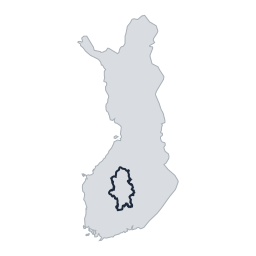 location of Central Finland within Finland
{"feature_id": "FIN-3177", "entity_name": "Central Finland", "entity_type": "Province", "adm_level": 1, "iso_a3": "FIN", "parent_name": "Finland", "parent_adm1": "", "projection": "mercator", "projection_center": [25.479, 62.526], "detail": "fine", "context": "in_parent", "style": "outline", "palette": "slate", "viewbox_px": 256, "rotation_deg": 0, "n_neighbors": 0, "source": "natural_earth", "source_scale": "10m", "svg_char_len": 7612}
<svg xmlns="http://www.w3.org/2000/svg" viewBox="0 0 256 256"><path d="M110.3,119.8L109.3,115.7L108.0,112.1L106.6,111.1L106.1,109.7L105.9,106.8L106.1,104.5L107.7,102.3L107.9,99.3L108.8,96.8L108.4,95.3L105.9,90.8L105.6,89.3L105.5,86.9L106.8,84.6L106.4,82.4L103.9,81.5L104.0,80.1L104.7,77.8L104.3,75.8L104.3,71.4L105.6,69.5L104.1,67.9L102.6,65.2L101.4,65.0L100.6,62.0L98.4,59.3L90.5,55.4L85.6,51.2L83.0,47.7L80.6,45.7L80.3,43.8L77.8,42.3L78.3,41.5L80.3,41.4L81.9,42.2L82.5,41.2L81.8,38.5L81.9,37.8L83.8,36.2L86.8,36.2L93.3,47.0L94.3,50.4L100.4,51.6L101.0,52.4L102.7,52.2L106.2,50.6L107.6,48.2L108.9,48.4L117.5,53.6L118.9,52.4L119.7,49.3L120.4,47.8L121.4,46.8L123.4,46.2L125.0,43.5L125.1,36.0L125.9,33.8L127.4,26.3L130.1,22.9L132.1,19.3L134.1,18.8L137.6,19.5L141.9,15.9L144.7,15.4L149.5,21.8L156.2,25.8L157.9,31.0L157.1,33.1L153.5,38.7L153.3,40.2L154.6,42.7L149.5,45.7L149.8,46.5L152.5,46.9L152.8,48.0L150.1,55.0L150.0,56.3L152.0,63.7L158.0,66.8L159.7,70.1L163.9,76.5L163.5,79.4L157.1,90.1L155.7,93.1L155.5,94.9L159.1,103.3L161.0,109.2L163.2,113.4L164.9,120.3L164.9,122.6L161.4,123.9L162.4,125.1L161.6,127.2L161.4,130.3L160.5,132.2L160.7,132.7L162.3,133.2L162.5,134.5L162.3,135.3L160.6,136.8L160.4,138.3L161.3,141.0L162.1,141.9L164.7,142.7L165.1,143.4L165.2,145.3L163.9,147.2L163.9,147.9L165.1,151.3L168.5,154.0L168.9,156.0L168.9,157.4L168.7,158.6L166.0,163.1L164.0,164.5L167.9,169.3L174.9,175.4L177.9,180.5L178.2,181.9L175.9,188.3L175.0,190.0L169.3,197.0L161.2,208.3L157.2,213.3L149.4,220.7L143.8,227.5L140.7,228.8L138.4,227.4L137.2,227.7L136.0,228.7L132.2,229.8L132.1,228.7L132.9,225.8L132.5,225.9L131.8,227.2L131.5,228.8L130.8,229.6L129.2,229.9L127.6,228.7L126.9,228.7L127.7,230.6L127.6,231.1L126.8,231.0L125.1,232.5L124.7,232.5L124.1,231.3L122.3,232.6L120.6,232.9L119.5,233.9L114.4,235.4L113.0,237.1L112.0,236.7L106.3,238.1L104.0,237.7L101.4,240.3L99.4,240.6L101.4,238.0L101.5,237.1L100.4,236.6L99.6,235.6L98.9,233.6L98.5,233.5L97.8,236.0L96.4,236.9L94.8,236.9L94.5,235.8L94.8,234.7L94.6,234.6L94.8,233.7L95.7,233.7L95.9,233.2L95.9,232.7L95.2,232.3L95.9,230.4L92.9,230.0L89.2,228.1L88.7,226.4L87.0,227.6L85.3,226.4L85.1,225.6L84.6,219.4L84.8,217.7L85.7,215.5L86.0,213.4L86.0,209.5L86.5,209.5L85.9,208.2L86.8,207.9L86.9,207.5L84.9,201.2L83.7,199.7L84.6,195.1L84.5,194.1L84.3,192.8L82.8,191.3L82.3,187.2L82.6,184.8L85.5,180.6L85.7,178.9L87.3,178.8L86.5,177.3L86.3,175.4L88.7,174.8L89.5,175.3L91.6,174.6L93.4,173.3L92.7,170.7L93.7,170.6L93.4,170.0L93.4,169.3L94.2,169.6L95.4,167.7L95.4,166.3L97.5,165.6L99.8,162.7L102.0,161.2L104.2,158.3L105.2,158.1L105.7,156.2L108.2,153.2L109.1,150.8L111.5,148.1L113.8,143.3L114.0,141.9L117.6,140.1L120.7,140.7L120.7,139.4L120.2,138.7L121.5,137.4L121.2,135.5L120.4,134.5L121.3,127.1L120.3,125.6L116.6,123.1L115.1,122.9L114.2,120.9L114.7,118.6L112.6,120.4L110.3,119.8ZM91.7,230.9L93.8,230.9L94.3,231.9L93.4,232.5L93.3,233.2L93.8,234.4L92.9,234.4L92.2,233.1L91.2,232.2L91.7,230.9ZM116.7,137.8L115.3,138.5L114.2,138.1L114.2,136.7L116.1,135.7L118.1,136.8L117.1,137.1L116.7,137.8ZM83.5,173.9L83.4,175.1L84.7,174.3L85.2,174.6L85.1,175.6L84.7,175.4L83.6,176.5L82.7,175.5L82.1,174.0L83.5,173.9ZM85.5,227.6L85.3,228.5L84.1,228.6L83.6,227.7L83.3,226.2L83.8,225.6L84.1,226.4L85.5,227.6ZM90.5,231.2L89.8,231.3L88.8,230.4L88.7,230.0L89.1,229.8L88.9,228.8L89.6,229.3L90.0,230.0L89.7,230.2L90.5,231.2ZM89.0,234.9L88.1,235.5L87.7,235.3L87.8,234.3L88.3,233.8L89.3,233.7L89.0,234.9ZM87.1,235.5L86.3,235.7L85.8,235.1L86.5,234.3L87.1,234.3L87.3,234.9L87.1,235.5Z" fill="#d9dde1" stroke="#a8b0b8" stroke-width="1"/><path d="M128.5,170.3L128.8,170.6L128.8,170.8L128.2,171.9L128.1,172.1L128.1,172.4L128.3,172.6L128.5,173.2L128.8,174.4L129.0,175.0L128.8,175.3L128.7,175.5L128.7,175.9L128.8,176.5L129.1,177.1L129.4,177.7L129.8,178.3L130.0,178.6L130.2,178.8L129.8,178.8L129.5,178.8L129.4,178.9L129.5,179.3L129.6,179.5L129.8,179.8L130.1,180.0L130.3,180.2L130.1,180.5L129.9,180.7L129.5,180.6L129.0,180.5L127.9,180.9L127.8,181.2L127.9,181.5L128.2,181.8L128.8,182.2L129.0,182.4L129.0,182.5L128.8,182.8L128.9,183.0L130.6,184.5L130.9,184.3L131.1,184.0L131.3,184.1L131.6,184.3L131.9,184.7L132.1,184.9L132.1,185.2L132.2,185.6L132.4,185.9L132.6,186.5L132.8,187.1L132.7,187.4L132.6,187.6L132.8,187.8L132.6,188.0L131.7,189.2L131.8,189.4L132.7,190.2L133.0,190.3L133.6,190.4L133.8,190.6L133.8,191.0L133.7,191.3L133.6,191.5L133.7,191.8L134.3,192.4L134.3,192.5L133.9,192.7L133.6,192.8L133.5,193.0L133.4,193.2L133.5,193.2L133.5,193.4L133.4,193.5L133.0,193.7L133.0,193.9L133.0,194.0L133.1,194.5L133.2,194.9L133.3,195.0L133.2,195.1L132.8,194.9L132.5,194.6L132.4,194.5L132.2,194.5L131.9,194.6L131.7,194.8L131.8,194.8L131.8,195.0L131.7,195.2L131.5,195.3L131.4,195.3L131.2,195.1L130.4,195.6L129.5,196.8L129.6,197.5L130.9,199.7L130.8,200.2L130.6,200.3L130.5,200.7L130.5,201.2L130.4,201.8L130.7,201.8L130.8,201.9L130.8,202.1L130.7,202.9L130.8,203.2L130.8,203.3L131.6,204.2L131.8,204.4L132.1,205.1L132.1,205.3L132.1,205.6L132.0,206.6L131.8,206.7L130.9,206.2L130.7,206.3L130.6,206.6L130.6,206.8L130.5,207.0L130.3,207.1L130.2,207.1L130.1,206.8L130.1,206.7L130.1,206.3L129.9,206.3L129.6,206.3L128.8,206.7L128.7,206.8L128.4,206.5L128.0,206.3L127.9,206.2L127.9,205.9L127.9,205.6L128.0,205.4L128.0,205.2L127.9,205.1L127.8,204.8L127.6,205.0L127.4,205.0L127.3,204.8L127.2,204.4L127.1,204.2L126.6,203.7L126.5,203.8L126.5,204.0L126.4,204.2L126.2,204.2L126.1,203.9L126.2,203.7L125.9,203.7L125.9,203.9L125.6,204.7L125.3,205.3L125.1,205.5L125.1,205.3L124.9,205.3L124.4,205.2L124.2,205.3L123.9,205.4L123.6,205.8L123.4,205.8L123.0,205.7L122.8,205.8L122.7,206.3L122.5,208.0L122.3,208.7L122.2,209.2L122.0,209.4L121.8,209.5L117.8,210.2L117.7,210.1L117.6,209.5L117.5,208.9L117.4,208.5L117.2,208.4L117.3,208.0L117.2,207.7L116.9,207.6L116.7,207.8L116.4,207.7L116.3,207.3L116.2,207.0L116.2,206.6L116.5,206.3L116.9,206.4L117.5,206.7L117.7,206.4L117.8,206.2L117.6,205.7L117.4,205.4L117.4,205.2L117.5,204.8L117.6,204.7L117.8,204.8L118.0,204.7L117.8,204.0L117.8,203.8L117.8,203.7L117.7,203.6L117.5,203.4L117.4,202.8L117.5,202.1L117.6,201.1L117.5,200.5L117.1,199.1L117.1,198.8L116.9,198.4L116.0,198.8L115.7,198.8L115.2,198.5L115.0,198.4L115.0,198.2L115.0,197.9L115.0,197.6L115.0,197.4L114.9,197.1L114.7,197.0L114.5,196.7L114.3,196.3L114.1,196.0L113.8,195.7L113.5,195.7L113.0,196.0L112.9,196.1L113.0,196.4L112.7,196.5L112.4,196.4L112.2,196.3L112.0,196.1L111.6,195.4L111.5,195.0L111.2,194.5L110.4,194.3L110.0,194.2L109.6,193.9L109.4,193.7L109.2,193.4L109.1,193.0L109.1,192.3L109.4,191.8L110.1,190.8L110.4,190.5L110.7,190.3L110.9,190.2L111.7,190.5L111.9,190.5L112.0,190.3L111.9,190.0L111.9,189.8L112.3,189.6L112.5,189.7L112.7,189.8L112.8,190.0L113.1,189.9L113.3,189.7L113.5,189.7L113.6,189.4L113.7,189.2L113.7,188.8L113.8,188.7L113.7,188.5L113.7,188.4L113.8,188.4L113.9,188.5L113.9,188.4L113.8,188.2L114.1,188.0L114.1,187.9L114.0,187.7L114.2,187.4L114.2,187.2L113.9,187.3L113.6,187.3L113.6,187.1L113.7,186.9L114.1,186.4L114.0,186.1L113.8,185.9L113.5,185.4L112.8,183.7L112.3,182.8L112.3,182.4L112.9,182.3L113.0,182.0L113.0,181.7L112.8,181.4L112.4,181.3L112.2,181.3L112.1,180.9L112.1,180.6L112.0,180.3L111.9,180.2L111.7,179.7L111.7,179.2L111.6,178.9L111.3,178.4L111.7,178.3L111.9,178.0L112.1,177.7L112.2,177.2L113.8,176.4L114.3,176.4L115.7,176.8L115.7,176.7L115.7,176.3L115.7,175.9L115.9,175.4L115.9,174.9L115.9,174.6L115.9,174.3L116.0,174.2L116.1,173.3L116.1,172.4L116.4,171.8L117.1,171.1L118.4,170.2L118.8,170.0L119.1,169.4L119.2,168.6L119.5,167.8L119.8,167.4L120.2,167.3L120.9,167.5L121.4,167.7L122.2,168.5L122.6,168.7L124.9,169.0L125.3,169.3L126.1,170.3L126.5,170.7L127.0,170.8L127.5,170.7L128.5,170.3Z" fill="none" stroke="#1e293b" stroke-width="2"/></svg>